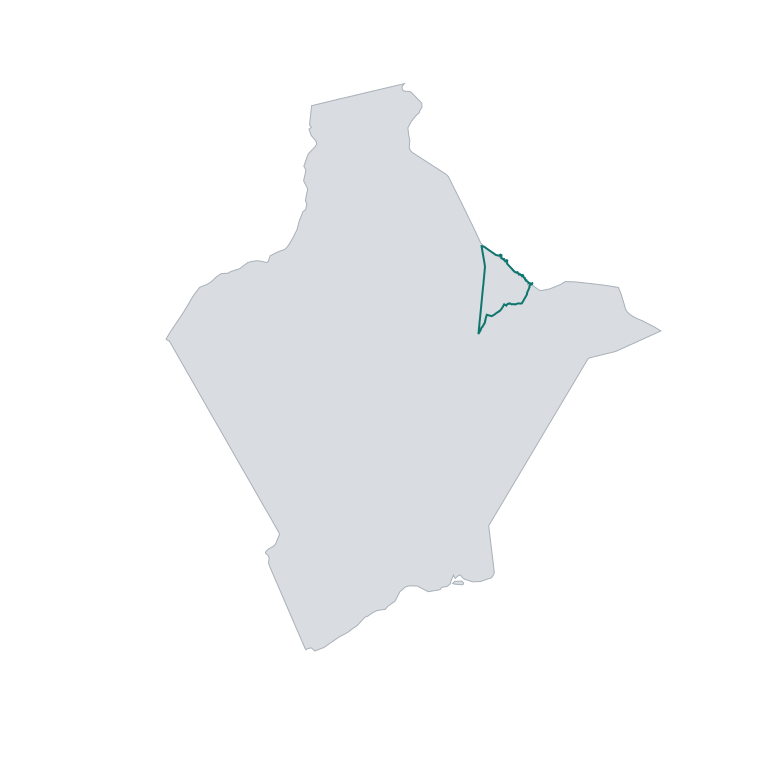 Moyale, Eastern, Kenya (highlighted), rotated 31°
{"feature_id": "3690345B29556459221230", "entity_name": "Moyale", "entity_type": "district", "adm_level": 2, "iso_a3": "KEN", "parent_name": "Kenya", "parent_adm1": "Eastern", "projection": "orthographic", "projection_center": [39.031, 2.902], "detail": "fine", "context": "in_parent", "style": "outline", "palette": "teal", "viewbox_px": 768, "rotation_deg": 31, "n_neighbors": 0, "source": "geoboundaries", "source_scale": "gbopen_adm2", "svg_char_len": 7560}
<svg xmlns="http://www.w3.org/2000/svg" viewBox="0 0 768 768"><g transform="rotate(31 384 384)"><path d="M174.1,457.9L174.0,448.9L175.2,426.1L175.1,406.0L176.2,396.0L181.1,389.7L183.4,385.0L185.1,378.6L187.6,373.3L193.5,369.1L194.6,366.7L200.8,359.6L204.5,350.4L207.3,347.3L210.8,344.4L213.3,342.9L217.4,341.4L220.6,340.5L221.2,339.8L221.5,338.3L220.4,332.6L221.8,330.7L224.0,326.9L226.5,323.4L228.7,321.1L230.0,318.8L230.6,314.8L230.7,311.9L230.7,307.3L230.0,296.7L227.4,287.8L225.8,277.9L227.0,274.7L224.9,268.9L223.9,268.6L222.2,267.3L220.1,261.8L218.5,256.8L217.5,255.6L210.4,251.2L207.0,240.9L203.1,238.5L201.0,228.3L200.6,225.4L202.9,215.2L202.7,212.9L200.3,210.7L193.7,208.5L188.4,204.2L189.1,202.8L189.5,201.3L186.7,200.2L178.6,182.7L189.2,172.3L199.9,161.7L213.6,148.4L226.2,136.1L237.1,125.5L246.8,116.0L246.5,117.8L246.5,120.2L247.7,121.7L249.7,122.7L252.5,121.6L254.9,120.2L257.2,119.9L271.7,123.9L274.1,127.3L273.9,131.0L274.5,133.7L273.4,136.4L272.2,144.6L272.5,152.1L276.8,157.7L280.7,162.0L283.7,168.2L286.0,170.1L289.1,171.0L299.1,171.3L313.9,171.8L328.1,172.2L329.4,172.3L332.4,173.1L345.4,181.4L357.4,189.0L367.5,195.6L377.4,202.0L386.9,208.3L394.4,213.4L401.7,215.0L413.6,215.8L421.8,216.0L429.4,218.2L440.7,220.2L449.2,221.2L454.3,222.4L468.5,223.6L470.8,222.9L477.0,217.2L484.0,207.9L486.7,202.8L495.8,197.7L511.6,190.5L522.8,185.5L535.2,180.5L540.9,184.8L548.7,191.8L552.2,195.3L555.0,196.8L559.2,197.8L564.4,197.8L567.2,197.6L572.9,196.7L586.4,195.9L594.0,195.9L587.6,205.2L579.9,216.4L565.7,236.9L554.8,247.7L546.6,255.9L545.9,257.3L545.9,266.4L546.0,288.6L546.2,333.1L546.4,377.5L546.6,421.8L546.7,444.0L546.7,451.5L553.9,460.8L561.0,469.9L570.3,481.9L575.3,488.3L576.1,490.5L575.9,494.8L568.2,503.8L561.9,507.9L553.4,509.9L550.9,509.5L547.6,508.3L546.2,510.4L545.3,513.8L543.4,513.1L542.0,512.1L542.8,518.1L543.7,521.0L542.4,525.0L538.3,528.5L537.9,531.5L529.0,539.2L516.4,540.1L509.8,543.9L506.8,547.0L504.6,553.9L505.3,564.4L501.8,572.5L501.1,576.5L494.6,581.8L491.7,586.6L489.6,591.5L487.7,593.6L485.5,604.6L482.5,611.2L481.7,613.5L480.9,615.4L478.6,619.4L477.0,622.0L475.9,623.8L468.2,640.8L462.2,648.5L457.5,647.6L454.4,650.6L454.1,652.0L452.4,651.2L448.5,648.4L440.4,642.6L432.4,636.9L424.3,631.1L416.2,625.3L408.1,619.5L400.1,613.7L392.0,607.9L383.9,602.1L379.2,598.7L377.1,596.7L375.4,592.7L374.6,591.7L372.5,590.5L369.9,590.2L369.2,589.4L369.2,587.5L370.1,584.7L373.1,579.4L373.4,576.3L372.8,572.7L371.9,567.0L371.0,565.8L365.7,562.8L354.5,556.5L343.2,550.3L332.0,544.0L320.8,537.7L309.5,531.4L298.3,525.2L287.1,518.9L275.9,512.6L264.6,506.3L253.4,500.1L242.2,493.8L231.0,487.5L219.8,481.2L208.5,474.9L197.3,468.6L186.1,462.3L181.9,459.9L178.1,457.9L174.1,457.9ZM547.5,519.2L545.5,519.6L546.5,516.6L552.3,512.8L554.7,513.6L555.1,514.5L555.0,515.3L554.0,516.1L547.5,519.2Z" fill="#d9dde1" stroke="#a8b0b8" stroke-width="1"/><path d="M438.8,282.2L438.8,281.7L438.9,281.3L439.0,280.9L439.0,280.7L438.9,280.7L438.8,280.4L438.8,280.1L438.8,279.7L438.7,279.6L438.7,279.4L438.7,279.1L438.7,278.9L438.6,278.7L438.4,278.4L438.4,278.2L438.3,277.8L438.2,277.8L438.2,277.7L438.0,277.2L437.9,277.1L437.9,276.9L437.9,276.7L437.7,276.2L437.6,275.9L437.4,275.6L437.3,275.1L437.2,275.0L437.2,274.7L437.1,274.1L437.0,273.9L436.9,273.8L436.9,273.7L436.8,273.4L436.8,273.2L436.8,272.6L436.7,272.1L436.5,271.7L437.6,271.4L438.8,271.1L439.2,271.0L440.1,270.7L440.6,270.6L440.9,270.5L441.1,270.5L441.3,270.4L441.4,270.2L442.1,269.1L442.2,268.8L442.4,268.6L442.6,268.2L442.9,267.6L443.0,267.3L443.8,265.3L443.9,265.1L444.1,264.6L444.3,264.2L444.4,263.9L444.5,263.8L444.8,263.5L444.9,263.4L445.0,263.3L445.0,263.2L445.0,262.7L445.1,262.3L445.2,262.1L445.3,262.0L445.4,261.8L445.6,261.7L445.7,261.3L446.0,259.4L446.0,259.1L446.1,257.9L446.1,257.7L446.0,254.1L446.0,253.8L446.6,253.8L447.1,253.8L447.5,253.8L447.8,253.8L448.0,253.8L448.4,253.8L448.4,253.3L448.4,253.2L448.5,252.9L448.6,252.4L448.6,252.1L448.7,251.9L448.8,251.8L448.9,251.6L449.0,251.3L449.1,251.2L449.3,251.0L449.5,251.0L449.7,250.9L449.8,250.9L449.9,250.7L450.1,250.4L450.3,250.1L450.5,250.1L451.3,250.0L452.1,250.0L452.6,249.9L452.8,249.7L453.0,249.4L453.5,249.1L453.8,248.9L454.0,248.8L454.2,248.7L454.3,248.7L454.7,248.5L454.9,248.5L455.1,248.4L455.3,248.4L455.5,248.3L455.6,248.2L455.6,247.9L455.8,247.7L456.0,247.5L456.5,246.9L456.9,246.5L457.2,246.2L457.4,246.0L457.6,245.7L458.8,245.2L459.2,244.9L459.3,244.9L459.6,244.7L459.9,244.5L460.2,244.3L460.5,244.0L460.6,243.9L460.6,243.1L460.6,242.4L460.6,241.6L460.6,240.4L460.5,239.2L460.5,238.5L460.5,236.8L460.4,234.6L460.4,234.4L460.4,233.9L460.3,233.3L460.2,233.1L460.2,232.9L460.0,232.7L459.8,232.5L459.7,232.4L459.7,232.1L459.6,231.7L459.6,231.2L459.4,230.1L459.4,229.6L459.1,227.7L459.0,227.2L458.9,226.3L458.9,226.1L458.8,225.9L458.7,225.8L458.5,225.6L458.2,225.1L458.2,224.8L458.2,224.6L458.2,224.4L458.2,224.2L458.3,223.9L458.4,223.7L458.5,223.5L458.7,223.2L458.8,223.1L459.1,222.8L459.2,222.7L459.3,222.4L459.4,222.2L459.5,222.0L459.5,221.8L459.5,221.7L459.3,221.4L459.2,221.3L459.1,221.5L458.9,221.9L458.7,222.0L458.4,222.4L458.2,222.5L457.8,222.4L457.6,222.3L457.3,222.4L457.0,222.5L456.5,222.7L456.4,222.8L456.4,222.7L456.1,222.6L455.9,222.6L455.6,222.6L455.3,222.5L455.0,222.5L454.7,222.4L454.4,222.3L454.2,222.3L453.9,222.3L453.3,222.3L452.9,222.4L452.7,222.4L452.4,222.3L452.4,222.0L452.4,221.7L452.2,221.7L451.9,221.8L451.7,221.8L451.5,221.7L451.0,221.5L450.7,221.3L450.4,221.2L450.3,220.9L450.3,220.7L450.2,220.7L449.9,220.7L449.7,220.6L449.4,220.7L449.0,220.6L448.6,220.4L448.0,220.1L447.9,220.0L447.6,219.8L447.5,219.6L447.2,219.4L447.2,219.2L446.9,219.1L446.7,219.1L446.5,219.3L446.5,219.6L446.4,219.6L446.2,219.7L446.2,219.8L446.1,219.7L445.9,219.7L445.7,219.8L445.4,220.0L445.2,220.1L444.8,220.0L444.7,219.9L444.3,219.8L444.1,220.0L443.5,220.0L443.5,220.6L443.4,220.7L443.2,220.6L443.1,220.4L442.8,220.4L442.6,220.0L442.4,220.1L442.1,220.0L441.9,220.0L441.6,219.9L441.4,219.9L441.2,219.6L440.9,219.7L440.7,219.5L440.3,219.9L440.3,220.0L440.3,220.3L438.7,220.5L437.5,220.5L436.7,220.2L435.5,219.9L434.5,219.5L434.1,219.3L432.0,218.8L427.7,217.5L427.4,217.4L427.3,217.1L427.3,216.9L426.3,215.4L426.1,214.8L426.0,214.6L425.7,214.6L425.2,214.8L425.4,215.4L425.0,215.9L424.8,216.3L424.5,216.1L423.5,215.9L422.7,215.7L422.5,215.8L422.3,215.7L422.2,215.4L422.2,215.2L422.0,215.3L421.9,215.3L421.8,215.5L421.7,215.6L420.4,215.6L420.2,215.6L419.9,215.4L419.8,215.5L419.6,215.2L419.3,215.2L419.2,215.1L419.2,214.7L418.8,214.0L418.8,213.7L418.4,213.4L418.2,213.0L417.2,213.1L417.0,213.4L417.1,213.6L417.3,213.7L417.3,213.9L417.2,214.0L417.3,214.3L417.3,214.5L416.9,214.6L416.4,214.7L415.1,215.2L413.4,215.8L411.5,215.6L409.9,215.5L406.7,215.3L403.5,215.1L402.2,215.0L400.9,214.9L399.8,214.8L399.5,214.8L399.0,214.9L397.8,215.2L397.6,215.3L397.4,215.2L397.0,215.3L396.6,215.6L407.4,228.1L410.1,231.4L410.4,232.0L410.7,232.6L414.4,240.2L416.0,243.6L416.3,244.3L417.7,247.0L418.0,247.7L418.6,249.1L423.6,259.7L428.6,270.1L432.9,279.2L433.7,281.0L434.1,281.9L435.0,283.6L435.3,284.3L436.0,285.8L436.3,286.4L436.6,287.1L438.3,290.5L438.7,291.5L439.0,292.1L439.3,292.6L439.2,292.3L439.2,292.1L439.1,291.8L439.1,291.6L439.1,291.3L439.1,290.6L439.1,290.3L439.1,290.0L439.1,289.6L439.1,289.4L439.1,289.1L439.1,288.9L439.1,288.5L439.0,288.3L439.0,288.1L439.0,287.6L438.8,287.1L438.7,286.6L438.7,286.0L438.6,285.9L438.6,285.7L438.5,285.4L438.6,285.1L438.7,284.8L438.7,284.6L438.9,284.1L439.0,284.0L439.0,283.8L439.0,283.6L438.9,282.9L438.9,282.5L438.8,282.3L438.8,282.2Z" fill="none" stroke="#0f766e" stroke-width="2"/></g></svg>